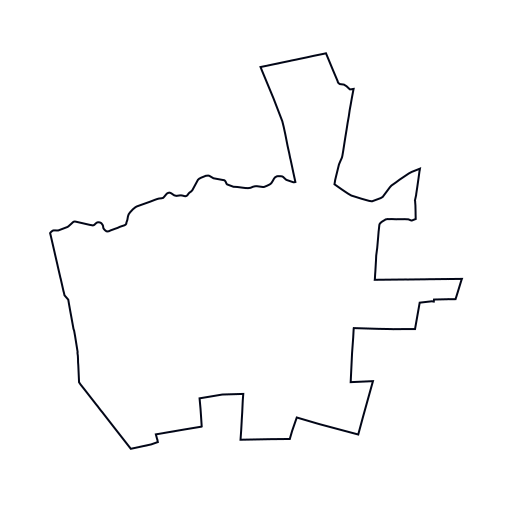 the district of Zavoaia, Braila, Romania, rotated 352°
{"feature_id": "2599482B8806992520419", "entity_name": "Zavoaia", "entity_type": "district", "adm_level": 2, "iso_a3": "ROU", "parent_name": "Romania", "parent_adm1": "Braila", "projection": "mercator", "projection_center": [27.485, 44.962], "detail": "fine", "context": "isolated", "style": "outline", "palette": "ink", "viewbox_px": 512, "rotation_deg": 352, "n_neighbors": 0, "source": "geoboundaries", "source_scale": "gbopen_adm2", "svg_char_len": 4633}
<svg xmlns="http://www.w3.org/2000/svg" viewBox="0 0 512 512"><g transform="rotate(352 256 256)"><path d="M430.5,192.3L427.7,193.0L424.8,193.7L421.9,194.4L418.9,195.5L408.8,200.4L405.0,202.5L399.9,205.1L398.1,206.6L389.7,215.1L387.6,216.0L378.5,218.0L375.8,217.2L372.8,215.9L368.5,214.0L362.2,211.0L358.8,209.4L355.9,207.1L353.3,204.8L350.2,202.0L343.7,195.9L345.0,191.7L346.5,187.9L350.9,176.9L352.5,174.2L354.8,170.5L355.5,168.7L357.0,164.0L358.9,157.7L359.5,155.7L361.4,149.5L363.4,143.1L365.3,136.8L367.3,130.7L369.1,124.5L370.7,119.7L372.8,113.2L375.3,105.8L375.9,104.1L375.3,104.1L373.5,104.2L372.1,104.0L369.3,100.5L366.9,98.5L362.9,97.4L361.9,96.4L361.5,95.8L361.2,94.9L361.2,94.3L358.3,83.5L354.6,69.2L353.9,66.5L353.5,65.0L351.2,65.2L341.1,65.8L333.5,66.4L325.8,66.9L323.2,67.1L317.7,67.4L317.1,67.5L310.9,67.9L291.6,69.2L286.8,69.5L287.7,73.2L293.2,94.4L295.3,102.5L300.8,126.2L301.4,132.0L301.8,137.5L301.9,138.8L302.0,140.4L302.6,151.5L303.2,159.0L303.5,164.3L303.6,164.6L304.3,174.4L304.3,174.8L304.5,177.2L304.5,177.6L305.3,188.2L304.7,188.3L303.3,188.2L296.6,184.8L295.3,183.3L293.9,181.5L292.9,180.8L291.4,180.4L288.9,180.0L287.8,180.0L285.9,180.7L284.6,181.9L283.1,183.9L281.5,185.8L280.3,186.7L278.8,187.3L276.6,188.0L273.8,188.7L272.7,188.7L266.6,187.0L264.8,186.8L262.7,187.0L260.1,187.7L257.7,187.7L255.3,187.3L252.3,186.5L246.9,185.0L243.3,184.3L237.4,181.1L236.9,180.4L236.2,178.0L235.6,177.0L235.0,176.5L233.4,176.0L224.7,173.1L221.3,170.4L220.5,169.9L219.8,169.7L217.4,169.6L215.5,170.1L212.6,170.8L210.4,171.6L209.1,172.5L206.6,175.9L202.1,182.0L200.7,183.1L198.9,184.0L197.8,184.9L196.6,186.2L195.6,186.8L194.4,187.0L193.4,186.7L191.8,186.0L190.2,185.5L189.1,185.4L186.5,185.4L185.6,185.4L184.3,184.9L183.4,184.5L181.0,182.3L180.3,181.8L179.4,181.3L178.8,181.2L177.9,181.3L177.1,181.5L176.3,181.9L175.6,182.5L173.4,184.5L172.2,185.5L170.4,185.7L168.0,185.6L166.2,185.8L163.7,186.3L158.6,187.5L149.8,189.3L145.0,190.3L143.4,190.9L140.6,192.6L137.3,195.3L135.7,197.0L134.7,199.0L133.6,202.4L132.4,204.7L132.0,206.0L131.2,206.8L130.0,207.3L127.1,207.8L125.1,208.2L122.9,208.9L120.3,209.4L118.0,209.9L115.6,210.4L113.7,211.0L112.2,211.0L111.3,210.7L110.0,209.4L109.2,208.2L108.8,207.4L108.7,206.4L108.7,204.9L108.4,203.8L107.9,202.9L107.4,202.0L106.5,201.3L105.6,200.9L104.4,200.6L103.3,200.7L102.1,201.3L101.1,202.0L100.3,202.6L99.5,202.9L98.6,203.0L97.5,202.6L95.9,202.1L93.0,201.0L89.1,199.5L82.0,196.8L81.1,196.6L80.2,196.7L79.4,197.1L77.7,198.3L74.4,200.5L73.4,201.0L63.7,203.2L59.3,202.5L58.6,202.5L57.1,203.2L56.1,203.9L55.3,204.7L55.6,207.6L57.1,224.9L57.1,225.1L58.2,237.7L58.2,238.0L59.3,250.6L59.4,251.1L60.2,260.8L60.5,264.4L60.6,264.8L60.9,268.3L64.0,273.1L64.1,276.4L64.1,276.7L64.4,284.9L64.7,291.9L64.7,292.1L65.1,302.2L65.1,302.6L65.5,304.7L65.7,310.2L66.0,326.4L65.7,327.0L65.7,328.5L65.7,330.1L65.4,333.3L65.0,336.5L64.8,339.7L63.2,356.4L64.3,358.7L68.4,365.7L71.9,371.8L76.8,380.3L77.7,381.8L78.5,383.1L78.9,383.9L80.8,387.3L82.3,389.7L82.9,390.8L91.8,406.3L105.2,429.5L125.9,428.0L132.9,426.6L132.8,425.6L132.8,425.4L132.8,424.6L132.7,423.8L132.6,423.6L132.0,418.7L161.9,417.8L162.0,417.8L178.4,417.4L178.5,417.3L179.2,408.0L179.8,399.5L180.3,389.1L195.9,388.7L203.2,388.5L203.4,388.5L224.2,390.8L222.9,396.7L222.2,400.3L220.6,408.9L218.9,417.2L218.9,417.3L217.0,426.9L215.1,435.8L244.1,439.3L264.0,441.9L267.4,434.3L273.9,421.6L278.1,423.5L293.1,430.3L295.8,431.5L332.4,447.0L339.4,430.6L343.8,420.5L354.4,396.2L332.2,394.1L332.5,392.5L337.6,365.6L340.9,350.3L342.6,341.6L342.8,341.0L366.6,345.1L379.8,347.2L380.8,347.4L382.0,347.6L392.7,349.0L403.3,350.5L411.6,325.0L423.8,325.3L425.7,325.9L425.9,325.2L426.2,323.9L427.2,324.0L440.0,325.5L440.4,325.5L445.8,326.3L447.6,326.5L447.9,325.8L448.5,324.6L448.8,324.0L451.9,317.4L456.1,308.4L456.7,307.3L453.4,306.9L452.7,306.8L443.4,305.6L442.0,305.4L427.3,303.5L421.2,302.7L420.9,302.7L402.2,300.3L401.8,300.2L370.3,296.1L370.5,295.4L370.6,294.9L371.7,289.4L371.9,288.6L374.0,278.1L374.1,277.7L375.1,272.3L376.8,266.1L376.9,265.8L377.1,265.1L377.8,262.1L379.6,254.3L380.9,248.5L381.0,248.2L382.5,242.3L383.0,241.4L383.3,241.0L383.7,240.8L384.7,240.0L385.3,239.7L385.6,239.5L388.0,238.5L389.3,237.9L389.6,237.8L390.7,237.8L391.3,237.7L392.7,238.0L395.5,238.3L399.8,239.1L402.3,239.4L406.8,240.0L407.2,240.1L407.7,240.1L412.0,240.9L414.4,242.3L414.9,242.5L415.6,242.5L416.7,242.2L419.3,241.6L420.0,235.6L420.1,235.0L420.9,228.1L421.1,224.9L421.2,224.1L421.1,223.2L423.1,217.8L423.2,217.2L425.2,210.5L427.6,202.2L427.8,201.5L429.3,196.2L429.6,195.1L430.0,194.0L430.3,192.9L430.5,192.3Z" fill="none" stroke="#020617" stroke-width="2"/></g></svg>